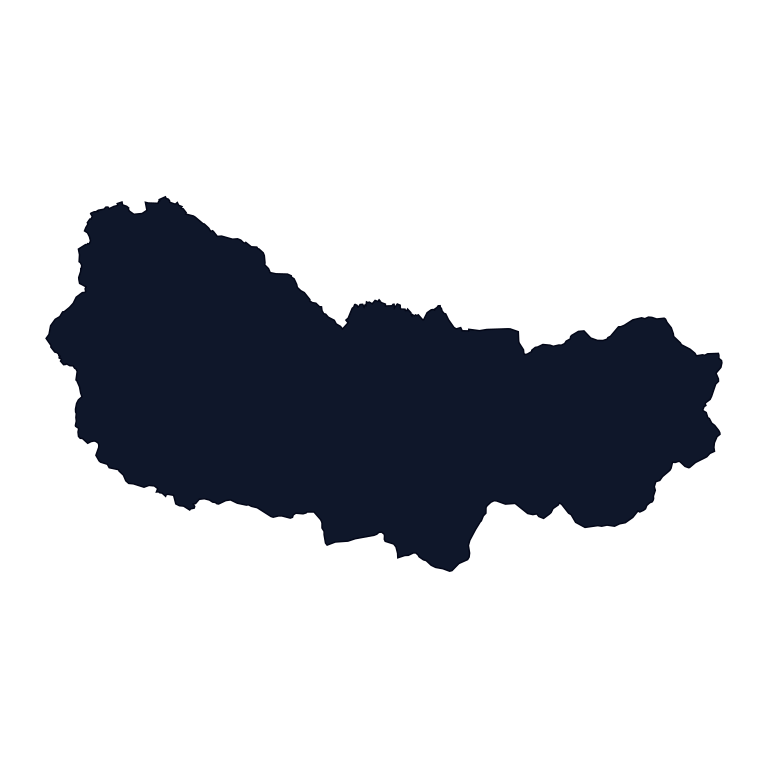 outline of Bistrita Bargaului, Bistrita-Nasaud, Romania
{"feature_id": "2599482B60435761683359", "entity_name": "Bistrita Bargaului", "entity_type": "district", "adm_level": 2, "iso_a3": "ROU", "parent_name": "Romania", "parent_adm1": "Bistrita-Nasaud", "projection": "albers", "projection_center": [24.898, 47.159], "detail": "fine", "context": "isolated", "style": "filled", "palette": "ink", "viewbox_px": 768, "rotation_deg": 0, "n_neighbors": 0, "source": "geoboundaries", "source_scale": "gbopen_adm2", "svg_char_len": 6036}
<svg xmlns="http://www.w3.org/2000/svg" viewBox="0 0 768 768"><path d="M469.6,553.1L468.4,545.5L469.8,540.3L475.6,529.4L480.3,521.8L481.3,520.9L483.3,515.9L485.9,513.2L486.0,507.5L487.1,505.7L490.9,502.2L494.0,500.7L496.5,500.9L505.4,504.1L515.1,503.4L527.7,513.5L532.9,514.6L536.8,513.9L538.8,516.5L543.6,518.4L549.6,513.9L551.1,512.5L553.0,508.6L558.3,504.9L559.2,503.0L559.8,503.1L561.7,504.4L568.6,513.2L571.1,514.6L575.6,522.3L585.0,527.4L597.8,525.6L601.7,526.2L607.0,525.1L614.6,526.2L619.6,523.8L625.3,522.7L632.8,517.4L637.9,511.0L639.8,512.0L643.5,510.3L645.5,508.8L646.8,505.4L649.7,502.8L652.2,501.8L653.1,500.3L653.6,498.7L653.4,496.1L655.3,490.3L654.3,486.7L655.8,481.7L659.8,480.4L662.5,476.6L669.9,470.3L671.1,468.2L672.5,462.3L675.5,462.4L678.3,461.4L679.8,461.5L685.0,466.4L688.6,467.7L689.6,467.5L695.5,462.5L706.8,456.8L709.9,453.4L714.5,451.3L713.9,447.4L714.4,442.8L717.0,436.7L720.0,434.3L719.8,432.7L718.7,430.5L714.7,425.4L711.7,423.1L709.3,418.5L707.8,417.7L706.2,412.5L703.1,410.7L702.8,409.9L704.1,406.6L705.9,405.5L705.2,403.8L705.7,402.7L710.1,399.4L711.6,396.3L715.7,384.1L718.5,381.3L718.4,378.8L716.0,373.2L720.9,367.4L721.9,362.8L721.5,360.5L718.9,358.4L718.9,355.2L718.4,353.4L707.5,353.8L704.8,355.3L702.5,354.8L696.4,355.8L694.9,353.2L690.1,349.2L681.4,344.7L680.4,342.9L673.7,336.5L673.3,333.7L671.3,327.8L667.0,322.3L665.5,319.1L664.2,318.2L656.7,319.0L651.9,317.4L648.4,317.1L644.9,318.7L641.6,317.8L632.9,319.8L624.3,325.3L620.9,326.7L618.5,326.8L610.5,336.3L607.9,337.6L607.0,339.2L603.0,340.5L597.4,340.4L590.7,338.0L584.0,330.9L578.4,331.4L571.5,335.5L570.6,336.7L570.3,338.9L566.2,341.1L564.6,343.6L561.3,345.2L558.9,345.0L553.3,346.3L550.1,345.2L542.9,344.5L537.7,347.0L535.3,347.4L531.8,350.2L531.6,351.6L527.1,354.2L524.5,354.5L523.8,353.0L523.5,349.8L519.2,343.1L518.7,341.3L518.3,331.7L510.2,328.9L507.8,328.8L486.8,329.5L479.5,330.7L468.8,329.3L468.7,330.9L462.2,330.8L460.7,327.6L456.2,328.9L453.9,327.4L448.5,319.7L445.7,313.9L444.0,313.4L442.1,311.0L441.4,308.4L440.3,307.3L440.1,305.7L438.2,305.8L437.0,307.5L434.8,309.0L434.6,310.1L433.2,309.5L431.2,309.8L427.1,312.7L423.6,319.8L422.7,319.8L418.3,314.8L416.8,315.6L415.6,314.9L414.3,315.8L412.4,314.6L411.9,316.0L411.3,315.2L410.9,312.7L407.6,309.1L407.1,310.4L405.4,310.6L405.0,309.2L400.8,309.1L400.3,307.6L400.2,305.2L397.3,304.0L394.4,308.0L394.1,304.3L393.1,304.3L391.9,305.8L385.4,306.0L385.4,304.1L381.8,302.8L379.5,301.1L379.9,300.7L379.1,299.8L377.9,301.5L375.1,300.4L372.2,303.8L369.3,302.1L367.8,302.6L366.5,301.9L366.0,305.5L365.1,304.9L364.1,307.2L362.7,304.3L360.1,304.5L358.6,306.8L357.9,307.1L357.0,305.3L355.1,304.4L354.6,304.7L353.8,307.0L352.2,308.3L348.2,318.1L345.9,320.1L347.4,322.0L348.1,322.0L348.2,322.7L342.5,329.0L340.5,326.4L336.2,323.9L334.3,320.3L328.3,317.2L325.7,314.2L323.7,313.7L322.0,310.6L321.5,306.8L319.5,306.7L315.9,303.2L312.3,302.6L309.8,301.0L309.9,299.6L304.3,292.6L300.8,290.7L297.3,287.4L296.7,284.4L294.1,278.8L291.5,277.2L291.3,275.8L287.5,274.1L276.0,273.8L270.2,272.6L268.5,268.6L264.7,264.8L265.0,262.8L264.3,255.5L263.2,252.8L259.0,249.0L257.8,248.7L256.8,247.1L251.3,246.8L245.8,242.4L245.2,243.3L243.4,242.6L240.8,240.1L237.6,238.8L232.5,239.2L221.6,236.1L217.3,236.4L213.3,231.3L212.4,230.7L210.8,231.5L208.7,228.1L204.3,224.0L203.0,223.7L195.2,217.1L193.4,216.0L185.6,214.0L186.2,212.7L183.2,208.8L181.2,208.6L181.0,208.1L182.0,206.6L178.7,205.3L177.3,202.5L175.3,204.2L169.8,202.3L169.5,200.7L168.4,199.2L166.1,198.4L165.4,196.8L159.2,199.6L159.7,200.7L158.8,201.1L157.9,203.3L148.3,203.0L145.4,202.3L146.9,210.3L142.1,213.5L133.9,214.3L129.4,211.1L128.2,208.9L128.7,208.0L126.7,206.3L122.6,204.9L122.0,202.0L117.2,203.6L117.8,205.0L117.3,205.6L113.9,206.4L109.1,208.7L108.0,207.1L105.9,207.1L103.9,209.2L98.4,210.2L97.3,210.8L97.8,211.5L94.1,211.8L90.9,213.2L90.6,213.7L92.3,216.4L91.0,219.0L89.9,219.0L87.3,222.7L88.0,224.0L85.9,227.4L84.5,230.9L87.5,232.8L89.4,236.6L90.5,240.9L89.2,243.9L87.7,243.6L87.2,244.5L85.5,244.6L78.4,249.1L79.5,254.6L79.1,261.7L80.4,262.6L81.7,265.2L81.4,268.5L80.8,268.5L80.7,271.4L78.7,277.5L78.9,279.8L79.6,283.4L86.0,286.8L85.1,288.8L85.7,291.6L84.7,292.4L82.3,292.6L76.2,297.2L73.2,303.3L69.5,307.4L64.2,311.7L62.6,311.9L59.8,316.6L55.2,319.3L50.6,325.7L49.0,334.4L46.1,338.4L51.1,345.6L50.8,347.0L54.7,352.0L57.1,352.7L58.6,354.2L58.9,355.7L60.0,356.0L60.1,356.6L59.4,356.9L59.1,357.9L61.2,359.0L61.4,359.7L60.5,361.1L63.6,364.7L65.9,364.4L66.3,363.7L69.8,365.7L73.1,365.8L74.6,368.2L76.0,369.0L77.2,371.4L76.0,380.0L76.7,380.4L79.5,386.8L80.7,393.2L82.0,396.7L78.4,399.9L76.6,403.4L75.5,409.1L75.6,412.0L76.3,413.6L75.9,417.4L76.3,421.1L75.4,425.4L75.6,426.3L78.3,428.1L78.6,428.9L78.0,432.0L78.5,436.4L80.2,438.3L82.4,438.4L87.7,443.3L91.0,441.6L93.9,441.0L95.4,441.2L98.0,442.9L98.8,444.8L98.7,447.4L95.9,455.3L99.1,460.9L100.5,462.1L107.4,464.3L109.2,467.7L118.6,469.7L119.1,471.1L123.4,475.1L125.8,480.8L128.7,483.4L133.3,483.8L144.0,487.2L149.0,485.4L154.3,485.9L157.7,488.6L156.4,492.0L158.6,491.8L159.6,492.7L162.1,493.1L165.6,496.3L166.2,494.6L168.0,494.3L173.6,495.3L175.8,503.9L179.4,505.7L183.6,506.1L189.7,510.0L190.5,508.9L194.2,508.1L194.7,506.4L193.2,504.1L195.6,503.5L199.2,499.3L204.3,498.7L209.4,500.0L212.6,502.1L215.4,502.5L216.8,503.7L218.6,504.0L225.7,500.6L230.5,499.9L237.3,503.2L246.4,505.1L248.5,504.8L251.4,506.3L257.2,507.7L271.0,516.5L273.2,517.2L278.6,515.9L281.8,515.9L290.3,518.1L292.5,517.3L293.2,515.0L295.8,513.2L303.1,513.8L306.1,512.9L307.0,512.0L314.0,512.0L320.6,519.6L321.5,521.4L322.0,522.9L322.0,528.0L324.1,531.4L324.1,534.7L325.5,543.0L327.1,545.1L335.3,542.0L348.0,541.1L355.2,538.7L374.3,535.2L376.8,534.2L378.8,532.4L381.6,532.1L384.2,534.2L384.5,535.9L384.3,539.3L385.2,541.3L393.7,544.0L396.0,547.0L397.6,553.3L397.8,557.8L404.7,555.5L408.4,555.3L413.4,552.9L415.8,552.9L418.1,555.0L419.1,556.8L423.4,559.8L426.2,560.6L431.1,565.2L435.6,567.4L442.9,568.7L449.6,571.2L452.0,570.6L458.9,563.5L467.6,559.6L469.1,557.1L469.6,553.1Z" fill="#0f172a" stroke="#020617" stroke-width="1.5"/></svg>